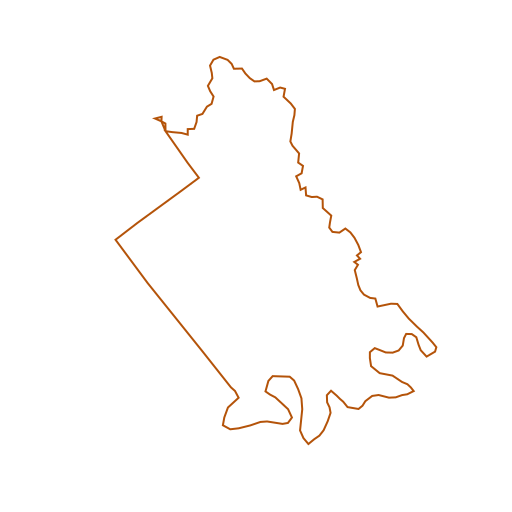 Ariranha do Ivaí, Paraná, Brazil, rotated 62°
{"feature_id": "56859067B92755437494593", "entity_name": "Ariranha do Ivaí", "entity_type": "district", "adm_level": 2, "iso_a3": "BRA", "parent_name": "Brazil", "parent_adm1": "Paraná", "projection": "orthographic", "projection_center": [-51.529, -24.379], "detail": "fine", "context": "isolated", "style": "outline", "palette": "amber", "viewbox_px": 512, "rotation_deg": 62, "n_neighbors": 0, "source": "geoboundaries", "source_scale": "gbopen_adm2", "svg_char_len": 2211}
<svg xmlns="http://www.w3.org/2000/svg" viewBox="0 0 512 512"><g transform="rotate(62 256 256)"><path d="M103.3,277.3L141.8,272.6L160.1,269.7L163.3,290.6L171.1,345.1L175.7,372.4L228.9,364.4L314.2,348.2L360.2,339.8L365.3,337.9L373.0,337.9L376.6,351.9L383.7,359.8L389.9,364.7L396.9,360.1L400.0,352.2L402.9,340.6L404.6,330.0L407.3,323.9L416.7,311.4L418.4,306.2L415.5,300.1L406.3,299.6L389.9,305.3L384.9,308.7L380.0,311.2L372.1,303.7L369.9,297.7L378.4,282.9L383.9,280.8L393.3,281.3L403.0,282.7L413.0,287.1L430.7,299.0L439.1,299.6L446.6,298.0L445.1,290.6L444.4,284.4L441.6,278.1L435.5,270.2L429.5,263.8L424.1,262.1L418.6,261.9L412.2,258.8L410.2,253.0L417.2,250.3L421.5,249.0L425.6,247.4L432.4,246.1L439.2,237.3L438.2,232.3L435.5,227.6L434.1,219.1L436.3,213.0L443.5,205.1L446.4,199.0L447.4,192.3L449.1,187.4L449.3,180.2L444.7,181.0L440.3,182.5L435.8,186.2L425.7,191.6L417.5,201.8L407.3,206.1L399.6,203.4L394.4,200.6L393.1,194.4L396.9,191.1L402.1,186.7L405.5,180.7L406.4,174.4L404.0,168.5L398.0,163.9L395.3,160.0L398.1,155.1L403.0,152.6L410.6,154.1L416.5,154.8L424.9,152.6L424.5,142.8L421.2,139.6L415.4,140.7L402.1,144.1L393.8,147.1L383.0,150.5L373.8,152.4L364.7,153.7L361.5,159.2L357.7,172.4L349.6,170.6L346.6,174.9L340.8,178.8L335.4,179.9L329.6,179.3L323.2,177.5L314.8,175.4L311.6,170.1L307.4,172.0L307.3,165.4L302.9,166.6L301.9,161.5L294.3,160.5L286.2,160.5L279.5,161.6L273.7,164.2L274.5,171.4L270.6,177.2L265.3,178.0L261.2,175.0L255.7,170.6L245.0,174.5L237.3,170.6L232.3,174.3L230.1,179.1L226.0,183.3L218.7,180.1L218.5,185.5L212.0,183.6L204.5,183.1L204.4,176.9L198.5,172.2L193.3,174.9L185.7,169.8L175.8,172.0L171.0,171.9L164.7,167.1L154.8,160.5L149.7,156.0L144.4,152.6L137.7,153.7L128.3,156.9L122.0,151.9L118.6,155.6L117.9,162.2L111.7,161.1L104.4,163.3L103.4,170.7L101.1,175.4L96.0,178.0L89.9,179.7L83.9,180.4L80.3,187.6L75.0,187.3L69.5,189.0L63.2,194.6L62.7,201.4L66.3,207.2L73.6,209.1L78.6,211.1L83.2,218.6L89.0,219.1L95.3,218.6L100.8,223.8L101.1,229.2L105.4,236.6L104.5,242.1L109.8,245.6L114.7,250.9L111.9,256.7L116.8,259.3L112.4,264.0L107.3,271.8L103.3,277.3ZM103.3,277.3L96.5,273.8L92.7,276.3L103.3,277.3ZM92.7,276.3L88.8,274.0L87.2,280.6L92.7,276.3Z" fill="none" stroke="#b45309" stroke-width="2"/></g></svg>